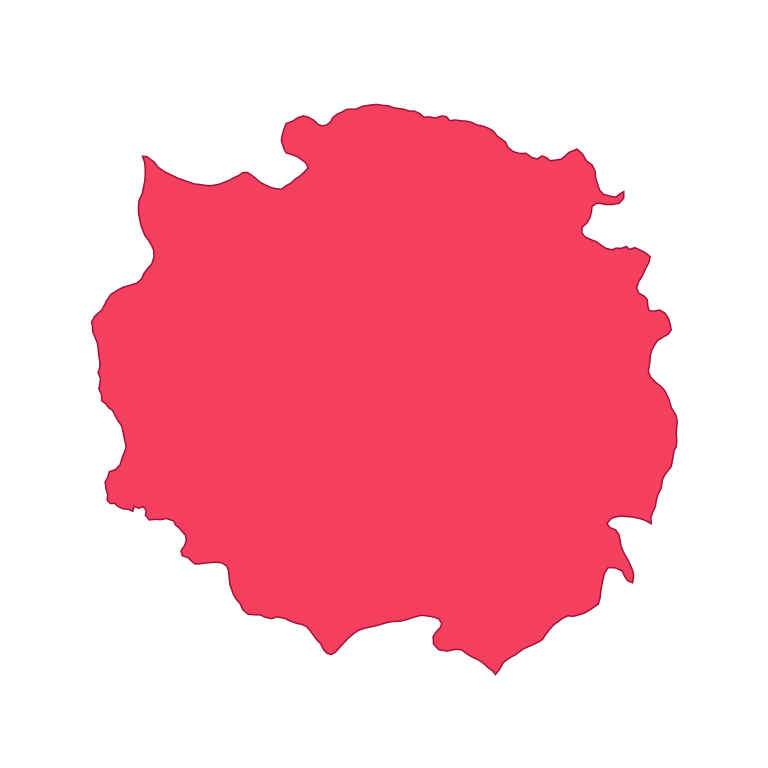 Campo Florido, Minas Gerais, Brazil (orthographic projection), rotated 9°
{"feature_id": "56859067B92335368120595", "entity_name": "Campo Florido", "entity_type": "district", "adm_level": 2, "iso_a3": "BRA", "parent_name": "Brazil", "parent_adm1": "Minas Gerais", "projection": "orthographic", "projection_center": [-48.647, -19.715], "detail": "fine", "context": "isolated", "style": "filled", "palette": "rose", "viewbox_px": 768, "rotation_deg": 9, "n_neighbors": 0, "source": "geoboundaries", "source_scale": "gbopen_adm2", "svg_char_len": 5074}
<svg xmlns="http://www.w3.org/2000/svg" viewBox="0 0 768 768"><g transform="rotate(9 384 384)"><path d="M537.8,121.8L534.1,124.1L530.5,126.3L527.2,130.5L524.2,134.0L518.6,136.0L513.0,137.5L509.2,135.1L504.3,134.0L500.3,137.7L494.7,137.2L488.0,133.9L482.0,135.1L474.9,134.2L469.2,130.6L466.0,125.9L461.6,123.6L457.1,121.5L452.1,116.9L447.1,115.0L441.0,113.8L434.7,113.5L429.7,111.9L425.0,111.5L419.2,111.9L413.1,112.1L407.7,113.6L404.0,110.2L399.3,110.2L393.2,113.2L386.4,113.1L381.7,114.3L376.9,111.2L371.0,109.7L366.2,110.5L360.3,109.5L351.0,109.8L344.9,108.5L338.6,109.0L333.0,109.0L326.5,110.7L319.0,113.2L313.2,116.9L308.2,117.7L304.2,118.6L299.6,122.2L295.8,124.6L292.0,128.4L290.1,133.5L286.8,137.2L282.6,138.7L278.4,138.0L273.5,134.5L267.2,132.2L262.4,131.8L257.0,134.6L253.2,138.3L246.5,142.1L245.1,149.5L244.4,155.4L244.6,159.8L248.0,166.7L251.1,171.0L256.8,171.8L262.7,173.0L266.9,175.1L272.0,177.7L275.3,182.3L272.6,186.4L268.8,191.4L263.8,195.9L260.6,200.2L256.6,203.2L252.1,207.7L246.2,208.1L240.8,207.4L234.3,205.5L229.3,203.7L225.7,201.4L220.1,198.2L215.8,196.4L211.5,197.3L207.9,200.7L202.9,204.2L199.4,207.0L194.7,209.7L190.3,212.3L185.8,214.0L180.9,215.4L176.1,215.8L170.5,215.8L165.3,216.1L159.7,215.1L154.1,214.0L148.9,213.2L144.8,211.9L140.5,210.6L134.2,208.7L126.8,205.2L122.5,200.9L118.2,198.6L114.5,196.6L109.8,196.8L112.8,202.3L114.1,207.1L115.4,214.0L116.0,220.7L115.7,226.9L115.5,233.3L113.5,240.6L113.7,247.3L115.0,254.2L117.2,260.2L119.6,266.1L121.9,270.1L124.4,274.5L128.7,278.6L132.5,283.1L135.4,287.4L137.0,294.8L135.8,301.8L132.2,307.3L129.6,312.4L128.2,318.1L124.4,322.8L118.3,326.0L111.8,328.9L106.2,332.9L100.3,338.2L97.1,344.7L95.4,350.0L93.8,355.0L90.1,359.3L87.5,362.7L85.5,368.4L87.0,372.8L88.2,378.0L91.3,383.2L94.3,388.0L95.9,392.6L97.0,397.3L98.2,401.7L99.7,406.1L100.7,411.6L99.8,417.4L103.1,422.9L103.3,428.4L103.1,433.4L106.6,438.5L107.9,444.7L112.2,447.1L115.8,450.5L120.0,452.5L123.0,456.8L127.2,462.1L131.5,466.5L134.2,473.4L137.2,481.2L139.2,487.0L138.3,492.2L137.0,497.4L135.9,505.4L131.8,510.7L126.4,513.6L125.8,519.1L123.9,524.4L125.7,530.8L128.4,536.4L128.7,542.1L132.5,544.9L136.6,544.0L140.2,546.4L145.1,548.0L151.2,547.8L155.7,549.0L156.6,543.8L161.3,545.1L165.4,542.8L169.1,546.3L168.8,550.9L173.5,555.0L179.6,553.3L184.3,553.0L190.2,550.9L197.8,552.2L200.1,555.9L203.9,558.0L207.8,561.4L211.6,564.4L213.2,569.1L212.4,574.6L209.5,580.6L211.8,585.3L217.7,586.1L221.7,589.2L225.6,591.3L229.8,590.5L234.7,589.0L240.0,587.7L244.9,586.5L251.6,586.0L257.2,588.4L259.8,593.1L261.6,600.4L263.3,606.6L265.6,610.5L267.9,615.0L271.6,619.7L275.9,623.1L280.1,629.3L285.9,632.7L292.3,632.2L297.8,631.4L302.8,632.9L309.7,633.4L314.9,630.7L322.3,631.0L328.9,632.9L335.4,634.1L340.3,634.3L345.6,635.8L349.8,639.4L353.6,643.2L357.7,647.2L362.0,650.4L366.0,656.0L369.9,658.9L374.1,659.5L377.9,656.6L381.4,651.1L384.9,645.8L388.5,640.6L393.2,635.1L397.2,631.4L402.9,628.3L408.4,626.2L412.8,624.5L417.5,622.4L422.2,620.0L427.9,617.8L432.6,616.6L436.9,615.7L441.4,614.0L446.3,611.6L451.3,609.0L457.4,606.5L465.3,606.3L470.6,606.5L475.1,607.6L478.5,611.6L477.6,616.1L474.7,620.0L472.0,625.8L473.6,633.1L479.9,638.0L488.2,637.9L495.9,635.0L502.2,634.3L506.5,636.8L513.1,639.7L518.8,641.2L524.2,643.4L528.1,645.8L531.9,648.3L535.9,650.2L539.5,653.5L542.9,647.5L545.2,640.8L548.3,637.3L552.4,633.6L556.1,631.0L559.7,627.2L563.3,623.7L567.0,621.2L571.0,618.8L576.2,615.2L580.5,611.5L582.8,606.1L585.7,600.9L589.0,595.6L593.5,591.1L597.6,587.0L602.1,584.1L607.1,583.9L612.0,581.8L617.4,579.1L621.9,575.6L625.8,572.0L630.0,567.9L630.9,561.4L630.6,555.7L630.5,550.0L630.9,542.6L631.5,535.9L634.1,530.3L641.1,529.4L648.6,531.5L651.5,535.9L655.3,540.2L660.7,541.4L660.5,533.9L658.9,529.4L655.8,524.6L652.4,519.6L648.1,514.3L643.7,507.6L641.8,501.8L639.6,495.9L635.5,491.8L629.9,490.6L625.9,487.0L629.9,480.9L635.3,478.4L640.0,477.2L644.6,477.0L649.5,476.5L654.4,476.7L659.0,477.0L664.4,478.2L669.8,480.2L668.4,473.9L669.6,468.2L671.2,462.6L671.1,457.7L671.6,451.4L674.1,443.3L673.9,435.3L675.4,430.1L677.7,426.0L680.6,420.5L680.9,412.8L680.9,405.2L682.5,399.8L682.0,394.0L680.4,387.3L679.8,380.1L679.4,374.6L676.9,368.6L671.7,362.8L668.3,355.4L664.3,349.2L661.3,345.6L657.7,343.0L651.7,339.6L646.2,335.5L643.2,330.5L643.1,325.5L643.1,319.6L642.5,314.4L643.2,309.0L644.7,304.3L647.2,298.5L652.7,293.6L656.9,290.4L659.2,285.8L657.8,281.4L654.9,275.0L650.7,270.2L644.7,267.8L638.7,270.0L634.4,270.0L632.4,265.8L630.8,259.5L627.2,256.5L621.5,254.4L618.4,249.6L619.7,242.4L622.1,237.2L623.4,232.3L624.6,228.1L626.6,222.8L627.0,216.6L620.9,213.2L615.1,211.3L610.3,210.1L605.6,212.7L601.8,210.3L597.2,212.9L591.9,213.5L588.3,215.8L581.9,215.3L576.1,212.7L571.8,210.3L565.3,208.9L559.4,207.2L555.8,203.9L555.1,198.4L559.1,193.3L561.6,187.1L561.9,181.1L561.7,175.9L566.0,172.2L570.5,171.8L575.6,172.0L581.3,171.0L588.1,168.7L591.7,162.8L590.7,156.5L587.1,159.4L583.8,163.2L577.7,163.1L571.1,162.3L566.5,158.6L563.6,152.9L560.8,147.4L559.2,140.7L555.3,135.1L549.1,131.9L543.9,125.6L537.8,121.8Z" fill="#f43f5e" stroke="#9f1239" stroke-width="1.5"/></g></svg>